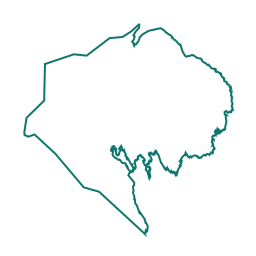 Berlevåg nor, Finnmark, Norway, rotated 95°
{"feature_id": "86288312B55537413701399", "entity_name": "Berlevåg nor", "entity_type": "district", "adm_level": 2, "iso_a3": "NOR", "parent_name": "Norway", "parent_adm1": "Finnmark", "projection": "orthographic", "projection_center": [29.154, 70.681], "detail": "fine", "context": "isolated", "style": "outline", "palette": "teal", "viewbox_px": 256, "rotation_deg": 95, "n_neighbors": 0, "source": "geoboundaries", "source_scale": "gbopen_adm2", "svg_char_len": 5743}
<svg xmlns="http://www.w3.org/2000/svg" viewBox="0 0 256 256"><g transform="rotate(95 128 128)"><path d="M194.0,151.3L232.1,101.9L231.4,102.2L230.2,101.3L229.1,101.6L228.9,101.3L229.1,101.1L228.7,101.1L228.9,100.9L228.6,100.8L228.8,100.5L227.6,100.1L227.9,99.9L224.3,99.7L221.4,101.3L220.8,102.4L220.1,102.2L218.7,103.3L217.6,103.2L212.4,107.5L212.4,108.1L211.8,108.3L212.0,108.4L211.9,109.0L204.0,112.6L202.6,114.2L198.5,114.9L198.2,115.1L198.6,115.4L198.4,115.7L196.1,115.6L191.7,117.5L190.6,117.0L185.6,117.9L184.5,116.9L181.8,117.0L175.1,123.5L172.7,122.8L170.8,119.1L170.3,119.0L170.0,119.9L170.8,121.3L170.3,122.9L167.8,125.2L167.3,124.9L166.8,125.7L165.7,125.7L165.5,126.7L163.9,127.0L163.2,128.0L163.5,129.9L163.4,130.5L160.2,133.6L160.2,134.0L160.6,134.6L160.4,135.3L159.1,136.9L159.2,137.4L158.5,138.7L156.7,140.6L155.3,141.2L152.9,140.8L152.3,141.3L152.2,142.7L151.1,143.1L150.9,143.0L151.9,142.6L150.9,141.7L151.0,141.1L149.4,140.0L149.7,139.8L149.4,139.8L149.3,140.1L149.3,141.3L149.5,141.3L149.3,140.4L149.6,140.2L149.6,141.2L149.7,140.7L150.5,141.3L150.1,141.5L150.3,141.2L150.0,141.0L149.4,141.4L147.4,141.2L147.2,140.3L147.4,140.0L149.3,139.6L149.3,138.5L149.9,138.0L154.8,137.6L156.2,136.3L155.4,135.5L155.6,135.0L155.0,134.7L153.0,134.6L151.3,133.6L149.9,134.1L149.5,135.1L146.8,133.4L147.7,133.2L147.3,132.9L147.6,132.5L150.3,132.0L151.2,130.8L150.5,130.5L150.7,130.3L150.3,129.9L152.6,129.2L154.6,127.7L155.8,128.3L156.9,127.1L159.4,126.2L159.4,125.5L159.0,125.6L159.2,125.1L158.9,125.1L164.7,121.1L164.3,120.6L165.1,120.8L166.8,119.6L166.5,119.4L166.7,119.0L167.5,118.7L169.1,119.4L169.1,118.6L167.8,117.2L166.7,116.9L166.9,116.7L161.7,118.2L159.6,118.1L159.0,117.2L159.5,116.5L157.0,115.7L157.3,115.3L155.4,115.6L155.1,115.3L155.2,114.7L153.8,113.6L153.8,113.0L155.3,112.3L155.9,111.5L155.5,111.0L157.9,108.7L159.1,108.4L159.5,108.8L159.0,109.3L159.9,109.9L158.7,110.5L161.7,109.2L163.4,108.0L164.4,107.0L164.1,106.8L164.5,106.3L168.0,106.7L169.5,105.0L176.4,102.3L174.6,101.5L168.6,103.2L167.2,103.0L167.6,102.2L166.3,102.2L164.7,103.2L164.9,104.2L164.5,105.0L164.9,105.4L163.9,106.3L161.7,105.6L161.6,104.9L162.1,104.4L162.0,104.1L159.3,104.1L159.5,103.0L158.9,103.0L159.3,102.6L159.2,101.9L157.1,101.7L154.9,102.7L153.1,104.6L151.6,105.1L150.7,104.1L150.5,103.3L151.4,103.0L150.9,102.8L152.4,100.8L151.2,100.4L151.9,99.2L149.9,98.7L149.3,99.2L148.4,98.6L148.9,98.2L148.7,97.8L151.3,96.4L151.8,95.5L159.9,92.0L160.1,91.7L159.6,91.9L164.1,88.7L163.9,88.7L166.1,86.9L165.9,86.7L167.1,86.4L164.8,86.3L164.7,85.7L165.0,85.6L164.2,85.4L167.6,82.9L167.4,82.7L167.9,82.1L167.6,81.6L168.2,81.3L167.9,81.2L168.2,81.1L167.9,80.5L168.5,79.8L168.1,79.7L168.4,79.4L168.0,79.1L168.5,78.4L168.3,78.4L168.5,78.4L168.3,78.3L168.5,78.2L168.4,77.6L170.0,76.8L169.7,76.7L170.2,76.5L170.0,76.3L170.1,76.0L171.9,75.4L168.0,75.9L166.9,74.9L167.1,74.8L164.7,74.4L162.0,72.8L162.1,73.0L161.0,73.4L157.9,71.7L156.6,73.8L156.0,73.9L156.5,73.6L156.2,72.5L156.8,72.2L155.8,71.7L155.6,72.4L155.8,72.7L155.6,72.9L152.6,71.7L150.5,69.9L149.4,67.4L149.1,67.7L149.5,69.0L147.8,68.5L148.5,68.2L148.6,67.5L149.6,66.6L151.2,66.0L151.1,65.4L151.2,65.1L151.9,64.4L151.5,64.2L151.8,63.7L151.4,63.1L151.6,62.6L151.2,62.6L151.5,62.3L149.6,59.7L149.5,58.4L149.7,57.3L150.0,57.0L149.8,57.0L149.9,56.3L151.2,55.7L151.7,54.8L151.2,54.1L151.4,53.8L150.9,52.8L151.1,52.6L150.2,52.2L148.1,49.9L148.2,48.7L148.6,48.2L147.6,47.8L146.9,46.5L147.3,45.7L147.1,45.5L147.2,45.1L147.7,44.5L145.0,43.0L145.5,41.9L145.3,41.8L145.8,41.5L145.6,41.3L142.6,41.5L141.8,40.9L141.7,40.1L140.7,39.9L140.4,40.2L140.8,40.6L137.3,41.8L137.5,42.1L136.8,41.8L136.6,41.9L136.8,42.2L135.5,42.5L134.8,43.4L131.8,42.9L132.8,41.5L132.5,41.5L131.7,41.7L131.8,42.2L131.4,43.0L129.3,43.3L128.3,42.7L128.2,42.3L128.4,41.8L127.2,40.6L127.7,39.9L126.2,39.7L126.0,38.4L125.3,37.3L125.1,37.4L125.8,38.4L126.0,39.7L125.6,39.7L125.7,39.2L125.2,38.9L125.6,39.8L124.6,41.2L122.8,40.5L123.7,39.2L123.2,38.3L122.5,39.2L121.0,38.9L122.6,37.7L123.0,38.0L122.8,37.7L123.4,37.2L122.4,37.0L122.8,36.7L122.8,36.1L124.0,35.8L123.5,35.6L123.8,35.3L123.7,34.8L122.8,34.5L123.1,34.1L122.7,34.3L121.5,33.0L121.8,32.9L121.3,32.2L121.6,32.0L120.6,31.0L118.5,31.3L113.2,30.5L107.8,31.7L106.9,31.6L106.8,30.8L106.2,31.6L106.0,32.8L103.7,33.2L102.5,31.6L104.2,29.9L103.0,28.4L103.5,27.0L102.9,26.4L101.6,26.6L101.0,25.1L100.0,25.8L99.0,25.5L97.2,26.7L94.8,25.9L91.9,27.3L88.4,26.9L88.4,27.5L87.2,27.5L86.6,28.2L83.7,28.0L84.0,28.3L82.7,28.5L82.6,29.2L81.6,29.7L80.3,28.6L78.9,28.8L78.5,29.2L78.7,29.5L78.3,29.5L78.7,30.0L76.0,31.3L76.0,32.0L75.7,33.0L73.7,33.6L73.8,34.1L73.3,34.6L73.0,36.1L71.0,36.4L71.3,36.7L69.4,37.5L69.3,38.4L67.8,39.5L65.7,40.0L65.6,40.3L66.0,40.6L65.3,40.9L65.5,41.4L64.2,43.3L64.4,44.5L64.2,45.6L63.5,46.0L62.5,45.4L62.1,46.3L61.5,46.2L61.6,47.0L61.4,47.2L61.7,47.9L61.1,50.1L58.7,52.4L58.8,52.4L58.0,55.0L56.6,56.2L56.5,57.1L55.1,59.6L54.4,60.4L53.5,60.3L52.4,61.6L52.5,62.7L52.0,65.4L50.0,68.9L49.8,69.5L50.0,69.9L49.6,70.6L50.8,72.6L50.9,74.3L51.9,75.5L51.3,77.2L47.5,80.1L40.5,83.0L40.3,83.7L40.4,83.8L40.2,83.9L40.3,84.2L36.4,88.6L36.0,89.6L34.5,91.2L34.5,91.9L33.5,91.9L32.2,93.2L31.3,94.8L31.3,95.5L29.6,97.9L29.5,98.7L27.5,100.6L25.7,104.2L29.4,115.9L32.9,120.9L34.4,122.5L35.4,122.9L36.1,124.0L41.0,125.2L42.1,126.5L42.0,126.2L43.6,126.8L44.2,128.4L44.9,128.7L43.8,128.9L43.9,129.3L43.7,129.6L44.0,129.7L43.1,130.1L43.8,129.4L43.2,129.5L41.8,131.3L39.5,130.0L36.9,129.3L36.0,129.5L36.0,130.1L35.2,130.7L30.9,128.5L27.2,125.6L25.2,126.3L24.4,125.6L23.9,126.1L31.6,133.3L37.8,141.4L40.1,154.2L59.5,175.5L59.3,188.3L71.5,216.3L108.0,213.9L126.8,230.0L141.4,230.9L144.0,230.4L145.3,226.4L142.6,220.5L160.2,197.9L191.0,166.9L194.0,151.3Z" fill="none" stroke="#0f766e" stroke-width="2"/></g></svg>